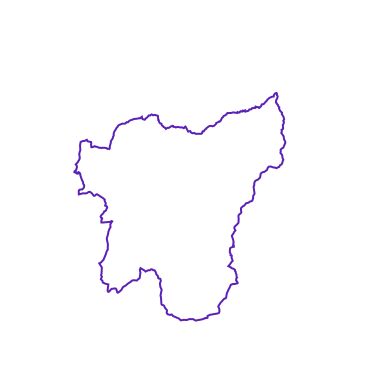 outline of Phong Tho, Lai Chau, Vietnam, rotated 50°
{"feature_id": "81297802B47938422647464", "entity_name": "Phong Tho", "entity_type": "district", "adm_level": 2, "iso_a3": "VNM", "parent_name": "Vietnam", "parent_adm1": "Lai Chau", "projection": "equal_earth", "projection_center": [103.331, 22.615], "detail": "fine", "context": "isolated", "style": "outline", "palette": "violet", "viewbox_px": 384, "rotation_deg": 50, "n_neighbors": 0, "source": "geoboundaries", "source_scale": "gbopen_adm2", "svg_char_len": 6034}
<svg xmlns="http://www.w3.org/2000/svg" viewBox="0 0 384 384"><g transform="rotate(50 192 192)"><path d="M270.9,205.1L267.6,203.8L266.4,202.5L266.0,202.5L265.2,203.1L263.9,202.0L262.8,201.9L261.9,201.3L259.6,199.0L259.6,197.9L259.9,197.0L260.8,195.2L260.4,195.1L260.0,194.5L259.2,194.8L258.1,193.2L257.6,193.1L257.3,192.5L255.9,191.6L251.1,189.6L250.5,187.1L249.7,185.4L249.4,183.5L247.1,182.9L246.6,182.6L246.0,181.7L245.7,177.4L245.4,176.1L242.4,173.4L240.1,171.8L239.6,170.7L239.6,168.1L239.3,167.3L237.5,166.2L235.9,164.9L235.6,162.7L236.0,160.8L235.4,157.6L236.4,155.9L236.6,153.6L237.4,152.1L237.4,151.4L236.2,149.4L234.3,147.6L233.7,145.6L233.3,145.0L227.7,141.6L226.8,140.0L225.0,138.3L224.2,136.7L224.2,136.0L224.9,133.4L224.7,130.6L222.3,127.8L222.0,126.9L222.4,124.7L223.1,123.6L223.3,120.3L222.3,118.7L222.0,117.6L222.0,116.8L223.2,115.2L225.5,113.9L226.7,112.7L228.1,111.9L228.4,110.0L228.8,109.0L228.1,107.4L228.4,105.6L227.9,104.4L226.8,102.9L226.0,101.3L224.6,101.0L221.4,99.1L219.1,99.2L218.8,99.0L218.1,98.0L216.8,97.2L216.5,96.6L216.4,95.2L216.7,94.2L216.7,93.6L214.5,89.2L213.4,88.2L210.8,87.6L208.2,86.0L204.1,85.6L203.4,84.3L201.9,83.4L202.2,81.9L202.0,81.4L199.1,79.4L198.3,77.5L197.5,76.6L196.2,76.4L195.7,74.8L193.2,73.6L190.0,73.1L189.2,72.1L186.4,72.3L184.0,71.7L183.3,70.7L181.9,70.8L180.5,70.2L179.4,70.4L178.5,70.0L177.4,70.2L175.7,68.4L175.4,67.8L175.3,66.9L173.7,64.8L172.5,64.7L171.2,63.7L170.5,63.6L170.2,64.0L170.0,64.9L170.1,66.1L170.3,66.7L171.4,68.1L170.5,69.3L169.7,72.1L169.7,74.9L170.2,76.0L170.1,76.6L170.7,80.6L169.7,82.3L170.3,83.2L170.8,84.5L170.6,85.1L170.9,86.3L170.6,86.7L169.9,86.5L169.0,87.2L168.3,88.7L167.9,88.1L167.5,88.3L168.1,89.7L167.5,90.0L167.4,90.6L166.4,92.1L166.8,93.3L165.6,95.1L166.0,96.2L165.9,97.3L165.1,98.3L164.9,99.3L163.8,100.1L163.4,99.4L163.1,100.4L162.3,100.8L162.6,102.0L161.4,102.7L161.3,103.8L161.7,104.5L160.9,105.2L160.7,106.2L160.0,106.0L159.9,107.2L157.5,109.2L156.5,111.4L154.3,114.1L154.3,114.7L154.7,115.5L154.5,116.1L154.7,117.0L154.1,118.9L154.5,119.8L154.5,121.3L155.9,124.4L155.8,125.0L155.9,125.5L155.4,125.8L155.4,126.9L154.7,129.0L155.2,129.6L155.5,132.4L154.9,134.0L153.8,134.7L152.7,136.1L152.4,138.5L152.4,139.6L152.7,140.5L152.5,142.2L153.1,143.8L152.9,144.3L152.4,144.7L152.4,145.1L153.5,146.5L153.4,147.4L149.9,151.7L148.2,152.3L147.5,153.7L146.0,154.5L144.2,154.2L143.3,156.1L137.7,154.9L137.5,155.5L137.9,156.6L137.8,157.3L136.3,157.9L135.3,159.2L133.1,161.0L132.5,161.9L132.2,162.9L131.3,163.2L130.1,164.4L129.3,164.0L128.8,164.3L128.2,166.2L128.0,168.6L127.1,169.4L126.9,171.4L126.1,171.2L125.6,171.5L125.0,171.4L124.1,172.0L123.0,171.9L122.2,172.2L120.8,172.0L120.0,171.5L119.0,172.3L117.8,172.3L116.3,171.8L115.7,171.3L115.0,171.6L114.3,170.9L111.7,169.2L109.0,170.9L108.2,172.5L106.7,173.0L106.5,173.5L106.4,175.1L105.6,175.8L106.0,178.1L105.9,180.4L106.3,181.3L106.2,181.8L104.4,183.0L103.7,182.9L102.2,182.1L102.1,184.6L101.3,185.2L100.8,186.6L98.7,189.6L98.3,191.2L97.5,192.9L97.2,194.5L97.4,196.4L96.5,197.2L96.7,199.2L94.8,201.5L93.6,205.5L94.2,206.9L94.3,208.4L95.0,210.1L95.8,212.7L97.1,214.7L98.5,215.7L98.9,216.9L100.0,218.4L100.9,221.4L102.2,222.7L104.1,225.5L105.8,227.1L105.9,227.7L105.4,227.9L104.6,229.1L103.6,229.2L102.3,230.2L100.5,232.2L100.0,233.3L99.3,233.6L98.5,234.7L96.5,235.6L95.1,236.9L94.4,237.0L93.8,239.3L93.0,240.3L92.5,240.1L91.8,239.3L90.9,239.0L89.5,237.5L88.9,237.2L86.0,239.4L84.4,239.0L83.9,241.2L82.6,243.3L82.1,245.2L84.3,247.8L88.0,250.5L90.3,253.9L93.5,255.9L94.4,256.8L95.1,258.4L95.3,259.4L95.8,260.3L96.1,263.3L97.8,263.4L99.2,264.3L99.7,265.3L100.5,266.2L100.7,268.7L101.1,268.8L101.3,269.3L102.7,268.6L102.7,268.1L103.7,268.4L104.5,267.8L104.7,267.3L104.0,266.8L103.8,266.2L104.0,266.0L105.9,265.8L107.5,266.8L112.0,268.6L114.1,269.0L115.9,270.1L117.4,270.2L118.3,270.9L119.2,272.3L119.5,274.3L118.1,276.4L118.0,277.5L118.5,278.2L121.1,280.2L122.9,276.4L124.9,274.2L125.4,272.9L125.5,271.4L126.2,270.1L128.6,269.5L131.7,269.7L132.1,269.4L132.4,268.8L132.3,266.8L132.7,266.2L139.5,264.1L141.7,263.7L142.2,264.4L145.4,265.4L146.6,267.3L148.2,266.5L149.2,266.8L150.8,269.8L150.9,270.7L150.4,271.7L151.2,273.2L151.5,276.4L152.0,277.7L153.1,278.2L154.2,277.7L154.6,277.8L155.5,279.7L157.1,281.0L157.9,280.2L162.0,274.2L162.5,273.3L162.6,272.2L163.2,272.0L164.1,275.2L166.7,277.2L167.0,278.6L168.5,281.3L170.6,283.8L172.8,287.2L178.4,290.3L180.2,292.1L182.0,293.5L182.4,295.1L184.4,298.3L187.0,303.3L187.5,307.1L187.0,308.9L191.9,309.6L196.5,313.9L197.4,315.2L199.1,315.5L199.8,317.3L200.3,317.9L202.4,317.7L204.0,318.5L206.4,317.4L209.0,315.5L213.3,320.1L214.5,320.4L214.9,320.1L214.9,318.9L214.5,315.9L216.4,312.9L216.9,312.5L217.6,312.4L220.9,313.8L221.2,313.8L221.5,313.3L221.7,311.4L221.6,309.1L220.5,306.1L221.0,302.8L221.0,299.2L221.4,297.1L221.3,294.9L222.2,293.2L224.1,291.5L224.4,290.9L224.2,289.3L224.4,287.6L220.7,283.4L218.1,282.0L217.2,280.4L221.7,278.8L223.1,278.7L223.8,275.9L224.9,274.6L224.9,273.0L225.8,272.2L227.0,272.0L227.8,271.1L228.1,271.0L229.7,271.2L232.3,272.2L234.8,272.2L236.1,273.2L237.0,273.0L238.1,272.1L239.2,272.5L240.0,273.0L241.5,275.4L244.3,277.2L247.4,278.1L250.9,282.5L253.5,284.0L258.1,287.4L258.9,287.6L260.5,286.6L261.5,286.6L263.6,287.2L266.0,287.1L266.8,287.4L268.3,289.1L269.9,289.3L272.1,287.8L272.6,286.5L272.9,286.2L274.7,286.3L280.7,283.3L283.1,283.1L284.7,280.4L286.7,278.3L287.6,275.9L288.2,275.1L290.2,272.8L292.8,271.9L296.4,265.5L296.6,264.4L297.1,263.6L297.0,262.9L298.1,261.6L298.3,261.0L297.0,259.9L297.3,258.3L297.9,256.7L301.6,250.3L301.9,249.1L301.3,247.9L298.9,246.1L296.7,245.6L296.2,244.6L295.2,241.3L294.5,236.5L294.6,235.4L295.1,234.6L294.9,233.8L292.1,230.6L290.0,226.2L289.5,224.8L288.0,221.9L288.7,220.1L289.4,218.8L290.0,218.4L290.7,216.6L291.0,216.3L291.1,215.6L290.5,215.2L287.9,215.0L286.9,213.8L286.5,212.5L285.7,212.4L283.6,210.9L282.5,210.7L281.2,209.8L280.1,209.8L279.4,209.1L277.2,209.7L275.6,210.7L274.8,210.6L272.2,211.8L271.9,209.8L271.0,206.6L270.9,205.1Z" fill="none" stroke="#5b21b6" stroke-width="2"/></g></svg>